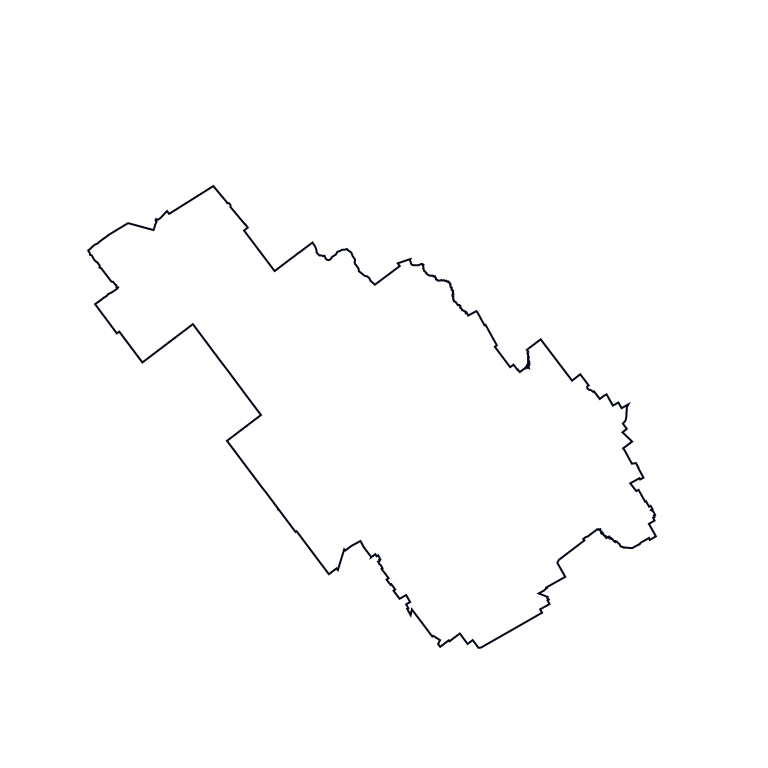 the district of Buloke, Victoria, Australia, rotated 323°
{"feature_id": "25037944B21796127243371", "entity_name": "Buloke", "entity_type": "district", "adm_level": 2, "iso_a3": "AUS", "parent_name": "Australia", "parent_adm1": "Victoria", "projection": "mercator", "projection_center": [143.17, -35.846], "detail": "fine", "context": "isolated", "style": "outline", "palette": "ink", "viewbox_px": 768, "rotation_deg": 323, "n_neighbors": 0, "source": "geoboundaries", "source_scale": "gbopen_adm2", "svg_char_len": 6134}
<svg xmlns="http://www.w3.org/2000/svg" viewBox="0 0 768 768"><g transform="rotate(323 384 384)"><path d="M201.3,146.4L201.1,182.7L204.1,182.9L204.0,221.4L267.4,221.2L267.3,243.2L267.4,243.7L267.3,244.0L267.2,258.3L267.4,260.2L267.2,260.4L267.2,265.7L267.3,279.9L267.1,310.2L267.1,334.7L224.4,334.9L224.3,392.2L224.5,399.0L224.4,420.3L223.2,420.2L224.0,420.7L224.4,421.5L224.3,449.0L225.6,449.0L225.5,502.7L235.2,502.7L235.2,504.8L252.7,492.1L252.7,493.7L260.6,493.7L270.7,495.2L269.6,502.7L269.7,514.4L269.3,514.7L274.7,514.7L274.4,517.1L276.2,517.3L275.6,521.7L274.4,521.5L274.2,522.6L272.3,522.4L272.0,524.9L272.4,527.1L271.9,530.3L270.8,530.2L270.8,541.8L268.3,541.8L268.4,548.3L269.4,548.3L269.3,554.8L267.2,554.8L267.2,564.9L274.7,565.9L273.6,573.9L269.1,573.3L268.5,577.7L267.2,577.5L266.2,584.6L270.6,580.8L270.6,614.7L271.8,614.8L274.6,622.3L270.7,624.2L270.7,627.7L281.4,627.7L281.4,628.9L294.4,628.9L294.3,641.9L300.7,641.9L300.7,651.6L302.9,652.9L372.6,661.8L373.1,657.9L383.8,659.4L384.3,655.3L385.6,655.5L385.9,655.4L385.3,653.5L386.6,652.6L381.5,644.4L388.1,645.3L389.8,644.8L391.2,645.0L391.3,644.2L412.7,647.1L414.8,631.1L417.7,629.7L449.9,629.5L449.9,627.7L453.3,627.7L455.0,628.4L466.7,628.3L466.9,629.0L467.5,628.9L468.1,629.1L468.1,629.3L467.8,629.5L468.2,630.0L469.3,630.2L469.1,630.6L468.5,630.4L468.3,630.8L468.6,631.6L468.6,632.5L468.9,632.8L468.9,633.2L468.6,633.5L467.8,633.5L467.6,634.0L467.8,634.7L469.1,634.9L469.2,635.1L468.9,635.4L468.4,636.6L468.9,637.7L468.6,638.6L469.0,639.1L469.6,639.1L469.7,639.5L468.8,640.5L468.8,640.8L469.3,641.0L469.9,640.6L470.8,641.2L471.9,641.3L471.8,641.6L471.1,642.2L471.2,642.9L471.3,643.2L472.4,643.0L472.6,643.3L472.1,644.1L472.3,644.6L472.9,644.8L473.1,645.3L473.0,647.3L473.1,647.9L474.1,648.6L474.0,648.9L473.5,649.0L473.4,649.2L473.6,649.6L474.7,649.5L475.0,649.7L475.2,651.2L475.2,652.1L475.8,653.8L475.4,654.7L475.4,656.4L476.6,657.8L477.1,659.2L477.5,659.1L483.3,664.4L488.2,665.1L490.3,665.5L491.0,665.4L491.6,665.9L493.4,665.2L503.0,666.5L502.6,667.3L502.4,668.5L509.5,669.3L511.4,655.1L517.9,655.9L518.4,652.8L520.1,653.0L520.3,651.6L521.7,651.8L522.4,647.5L521.4,645.4L523.1,645.6L523.6,641.7L521.9,641.5L522.7,635.2L521.7,635.2L523.6,621.7L521.0,621.3L520.9,611.5L531.3,613.0L531.1,614.4L534.9,614.9L536.5,604.0L536.9,604.0L537.6,598.8L534.0,596.8L536.2,582.1L536.2,579.3L547.5,579.3L545.4,566.1L550.9,565.9L550.9,559.4L554.2,558.8L555.8,557.9L558.8,555.0L559.9,553.3L561.7,551.5L564.0,548.6L566.9,547.3L559.2,546.3L560.1,539.9L553.8,539.0L555.5,526.2L552.9,525.8L547.3,525.8L547.3,516.5L546.5,516.5L545.8,514.0L545.5,513.4L544.5,512.4L544.0,511.2L543.8,509.9L544.2,508.9L544.9,508.4L545.7,508.1L546.6,508.3L546.6,494.3L536.2,494.5L536.0,442.6L518.6,442.7L518.7,444.0L518.6,445.0L517.9,444.9L517.4,445.9L516.9,446.1L517.2,446.9L516.3,447.7L516.1,448.6L515.6,448.8L515.6,449.2L515.9,449.3L515.9,449.5L515.5,450.0L515.0,449.9L515.0,450.2L514.4,450.4L514.3,451.1L513.6,451.4L513.4,451.7L513.6,451.8L513.4,452.0L513.5,452.7L513.2,452.7L513.1,453.0L513.2,453.4L512.4,453.3L512.4,453.7L512.1,453.8L512.2,454.2L511.6,454.1L511.4,454.5L511.7,455.0L510.8,454.8L510.7,455.0L510.2,454.9L510.1,455.2L509.7,455.2L509.8,455.5L510.0,455.4L510.5,456.0L509.8,455.9L509.5,456.3L510.0,457.0L510.0,457.4L509.7,457.8L509.3,457.6L509.2,458.0L508.9,457.3L508.2,457.4L507.8,456.2L507.5,456.3L507.4,456.0L506.7,456.3L506.5,456.2L506.1,456.7L505.4,456.2L499.6,456.2L499.6,453.0L499.1,453.0L499.1,446.5L494.9,446.5L494.9,421.0L497.4,421.0L500.7,397.7L499.6,397.5L501.6,384.0L501.7,381.4L492.4,380.0L492.9,376.8L492.0,376.6L492.8,375.5L492.0,374.6L491.9,373.4L491.0,372.5L491.0,371.8L490.8,371.6L491.3,370.3L490.7,369.2L491.0,368.4L492.0,367.9L492.1,367.5L491.8,367.0L491.7,366.2L490.4,365.5L490.6,364.8L490.4,363.6L490.7,362.9L490.5,361.7L490.5,361.3L489.6,360.0L489.6,359.4L490.4,358.9L490.4,357.5L491.8,356.2L491.5,355.3L492.0,354.6L492.1,354.1L493.3,354.4L493.7,352.8L494.2,352.7L494.4,351.9L495.3,351.2L494.8,350.4L495.1,349.7L494.8,349.3L496.1,348.0L496.1,347.7L495.5,347.2L495.5,346.9L496.0,346.1L496.2,345.3L497.1,344.5L496.9,343.6L497.4,342.6L497.3,342.0L496.8,341.8L496.6,341.5L496.9,340.7L496.1,340.3L496.0,339.0L494.5,338.3L494.2,337.0L492.9,336.5L492.3,335.5L491.8,335.6L491.1,335.0L489.9,334.5L489.1,333.5L489.2,333.0L488.4,331.7L489.2,331.0L489.1,330.5L489.3,330.2L489.2,329.5L489.3,329.2L489.1,328.5L489.3,328.3L488.9,328.0L488.4,328.2L488.1,327.6L488.1,326.7L486.5,325.7L486.1,325.1L485.4,324.6L485.2,323.8L484.6,322.9L484.5,322.4L484.7,321.4L484.3,320.6L484.5,320.1L484.5,319.0L484.1,317.9L484.8,316.1L484.8,315.3L485.5,314.8L486.1,314.1L486.1,313.4L486.3,313.0L487.2,312.5L486.7,311.8L486.9,311.2L486.4,310.8L486.0,310.9L485.0,310.3L483.4,310.0L482.2,309.4L479.2,307.0L478.1,305.7L478.0,304.4L478.2,303.5L478.7,302.9L478.8,301.8L479.2,301.2L479.6,300.6L480.3,300.1L467.6,295.9L467.5,299.3L436.5,299.2L435.3,293.2L435.7,291.6L436.0,291.0L435.7,289.3L435.2,287.7L433.7,286.1L431.8,278.7L433.1,276.7L433.3,271.9L433.1,271.0L433.6,269.4L435.8,267.1L435.9,263.1L436.9,259.9L436.9,259.0L435.7,255.4L435.7,254.3L435.4,253.7L434.6,253.7L430.9,251.4L428.8,251.4L427.6,250.6L426.0,250.5L423.4,251.6L420.2,251.4L419.3,251.2L417.1,252.0L415.0,252.1L414.1,251.6L413.2,250.3L412.9,249.1L413.6,245.7L412.3,245.3L411.3,243.5L409.7,242.4L409.3,238.4L410.7,236.4L411.8,232.6L411.9,228.6L412.1,228.0L395.0,228.0L394.0,227.8L389.2,228.0L386.4,227.9L364.6,228.0L364.6,177.2L369.3,177.1L369.3,172.6L369.0,172.5L367.9,150.4L369.2,148.4L369.1,146.3L367.6,145.3L367.6,145.0L367.9,145.0L366.8,123.2L314.8,118.8L314.8,115.3L305.4,116.9L302.3,116.8L301.2,115.1L300.0,115.8L300.0,117.6L297.9,118.6L292.6,122.4L276.4,101.5L254.9,99.3L243.1,99.1L239.6,99.4L237.2,98.7L232.7,98.9L230.9,99.3L228.2,99.3L228.0,99.5L228.0,101.9L226.9,103.9L228.0,105.3L227.3,110.6L227.9,113.8L228.4,114.9L228.2,115.2L228.2,118.5L226.9,119.8L227.8,121.1L227.9,137.9L228.0,138.3L229.1,139.3L229.2,140.3L229.1,142.5L229.7,144.0L228.7,145.6L229.7,146.8L228.2,147.3L221.5,147.0L217.5,146.2L216.4,146.7L212.9,146.7L211.9,146.3L211.0,146.5L208.9,146.6L201.3,146.4Z" fill="none" stroke="#020617" stroke-width="2"/></g></svg>